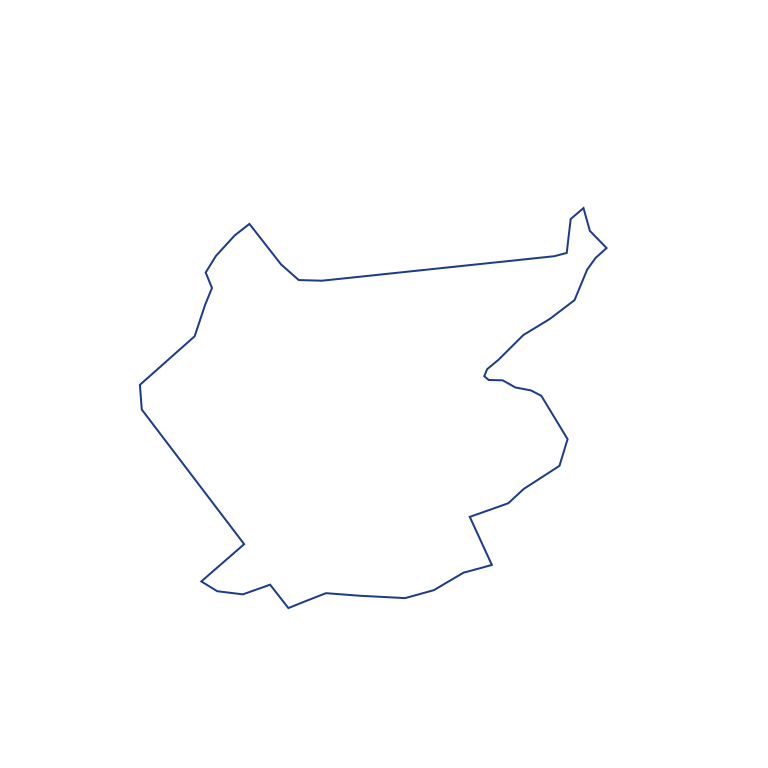 map outline of Napak (Albers equal-area conic projection), rotated 142°
{"feature_id": "UGA-5615", "entity_name": "Napak", "entity_type": "District", "adm_level": 1, "iso_a3": "UGA", "parent_name": "Uganda", "parent_adm1": "", "projection": "albers", "projection_center": [34.172, 2.394], "detail": "fine", "context": "isolated", "style": "outline", "palette": "blue", "viewbox_px": 768, "rotation_deg": 142, "n_neighbors": 0, "source": "natural_earth", "source_scale": "10m", "svg_char_len": 778}
<svg xmlns="http://www.w3.org/2000/svg" viewBox="0 0 768 768"><g transform="rotate(142 384 384)"><path d="M398.2,226.5L410.4,175.0L437.6,186.4L471.8,190.9L499.2,202.3L533.4,232.0L558.5,254.9L581.3,261.7L597.3,266.3L597.3,296.0L624.7,305.1L643.0,323.4L649.5,340.9L592.8,343.9L590.6,513.0L576.9,533.6L503.8,538.2L476.4,556.4L460.4,565.6L455.9,581.6L437.6,588.4L410.2,593.0L391.5,593.0L391.5,541.7L387.2,518.4L369.3,503.6L245.8,426.5L171.2,379.9L159.3,374.8L135.3,399.1L118.5,399.8L127.5,377.9L124.9,354.1L139.6,353.1L153.4,349.1L182.2,332.8L213.3,333.2L243.9,336.8L279.0,332.6L293.6,332.2L300.2,328.4L299.0,322.7L288.2,313.8L282.6,300.4L272.1,288.4L267.3,277.8L273.3,227.5L296.1,211.5L338.6,215.3L359.4,213.5L398.2,226.5Z" fill="none" stroke="#1e3a8a" stroke-width="2"/></g></svg>